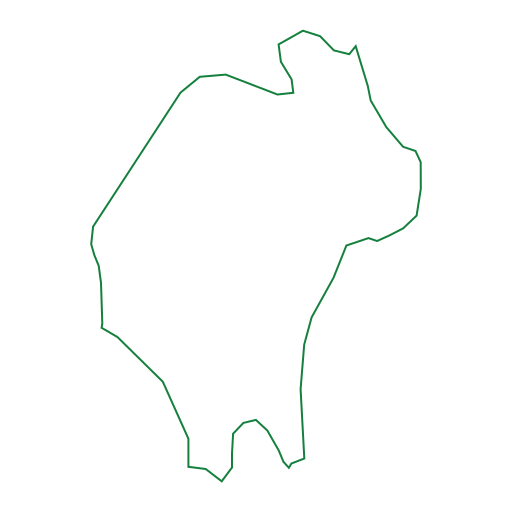 map outline of Čučer Sandevo (Albers equal-area conic projection)
{"feature_id": "MKD-2926", "entity_name": "Čučer Sandevo", "entity_type": "Statistical Region", "adm_level": 1, "iso_a3": "MKD", "parent_name": "North Macedonia", "parent_adm1": "", "projection": "albers", "projection_center": [21.416, 42.134], "detail": "fine", "context": "isolated", "style": "outline", "palette": "green", "viewbox_px": 512, "rotation_deg": 0, "n_neighbors": 0, "source": "natural_earth", "source_scale": "10m", "svg_char_len": 779}
<svg xmlns="http://www.w3.org/2000/svg" viewBox="0 0 512 512"><path d="M349.2,54.2L355.7,46.2L367.8,86.0L370.7,100.5L386.3,127.1L403.1,146.8L415.5,151.0L420.7,162.2L420.8,188.9L416.6,215.6L403.2,228.3L389.5,235.4L377.1,241.0L368.5,238.1L346.4,245.5L333.5,277.8L311.6,317.4L304.2,344.6L300.6,389.2L304.3,458.5L291.4,463.5L288.9,467.8L283.4,461.7L278.8,450.6L267.4,430.6L255.9,419.9L243.4,422.9L233.1,433.7L232.0,453.7L232.0,467.5L221.7,481.3L205.7,469.0L188.4,466.8L188.4,438.7L162.8,381.7L117.5,337.1L101.6,327.8L102.3,323.5L101.0,282.8L98.7,265.8L94.3,255.0L91.2,244.2L93.1,226.6L180.5,92.6L190.6,84.3L199.8,76.8L225.7,74.6L277.4,94.5L293.3,92.8L291.6,79.4L280.9,61.8L278.6,44.4L302.9,30.7L320.1,36.2L333.9,50.4L349.2,54.2Z" fill="none" stroke="#15803d" stroke-width="2"/></svg>